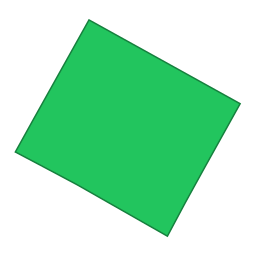 Benton, Iowa, United States of America, rotated 119°
{"feature_id": "52423323B49027728279357", "entity_name": "Benton", "entity_type": "district", "adm_level": 2, "iso_a3": "USA", "parent_name": "United States of America", "parent_adm1": "Iowa", "projection": "robinson", "projection_center": [-92.019, 42.08], "detail": "fine", "context": "isolated", "style": "filled", "palette": "green", "viewbox_px": 256, "rotation_deg": 119, "n_neighbors": 0, "source": "geoboundaries", "source_scale": "gbopen_adm2", "svg_char_len": 283}
<svg xmlns="http://www.w3.org/2000/svg" viewBox="0 0 256 256"><g transform="rotate(119 128 128)"><path d="M52.4,41.7L52.4,214.5L165.9,214.9L203.6,214.9L202.9,180.1L202.3,145.3L203.5,41.1L165.7,41.7L128.0,41.8L52.4,41.7Z" fill="#22c55e" stroke="#15803d" stroke-width="1.5"/></g></svg>